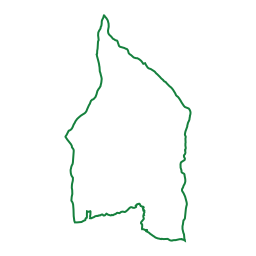 outline of Málaga, Santander, Colombia
{"feature_id": "7082276B1273171600443", "entity_name": "Málaga", "entity_type": "district", "adm_level": 2, "iso_a3": "COL", "parent_name": "Colombia", "parent_adm1": "Santander", "projection": "natural_earth1", "projection_center": [-72.732, 6.729], "detail": "fine", "context": "isolated", "style": "outline", "palette": "green", "viewbox_px": 256, "rotation_deg": 0, "n_neighbors": 0, "source": "geoboundaries", "source_scale": "gbopen_adm2", "svg_char_len": 5778}
<svg xmlns="http://www.w3.org/2000/svg" viewBox="0 0 256 256"><path d="M104.0,15.4L103.9,15.4L103.8,15.7L103.4,17.2L103.2,17.9L102.3,19.6L101.8,21.0L101.7,22.5L101.7,23.3L101.5,25.0L101.2,26.2L100.9,26.6L100.7,27.2L100.5,28.5L100.1,29.2L99.3,30.4L98.6,31.8L98.3,32.5L98.2,33.6L98.1,35.6L98.3,36.8L98.6,39.6L98.6,40.1L98.5,40.5L98.2,41.0L98.0,41.8L97.6,48.5L97.2,50.8L97.1,53.4L97.0,53.9L96.8,54.0L96.6,54.5L96.8,54.9L97.0,56.1L98.0,59.8L98.8,63.0L99.1,64.5L99.3,66.1L99.5,66.9L99.8,71.4L100.4,73.1L100.9,75.3L101.3,76.7L101.6,78.2L101.7,79.0L101.6,79.8L101.4,81.8L101.2,83.1L100.8,84.6L100.6,85.6L100.5,86.2L99.7,87.5L99.2,88.3L98.5,89.1L97.8,90.4L97.4,91.0L96.5,94.4L96.0,95.6L95.6,96.8L93.9,98.8L93.3,99.3L92.3,99.6L91.0,100.8L90.4,102.2L89.9,103.7L89.0,105.1L88.6,106.0L87.3,108.9L86.4,111.2L85.6,112.3L85.2,112.8L84.0,113.7L82.8,114.4L80.8,115.7L78.7,117.5L77.2,118.9L75.8,120.8L75.4,121.4L74.7,122.9L73.7,124.5L72.7,127.0L72.0,128.3L71.5,129.0L70.9,129.6L69.5,130.5L68.9,130.6L68.6,130.9L66.6,134.9L65.5,136.5L65.5,136.9L67.3,139.6L71.0,144.3L71.8,145.9L71.9,146.4L71.9,147.1L72.2,147.7L72.7,148.2L73.1,148.8L73.4,149.3L73.7,150.2L73.7,151.5L72.9,162.3L72.6,163.9L72.4,164.4L71.8,165.4L71.2,167.2L71.0,168.5L70.7,169.4L70.6,170.6L70.8,173.1L71.3,175.1L71.9,176.3L72.9,177.7L72.9,179.2L72.8,180.7L72.1,183.7L71.9,185.4L71.8,187.9L72.2,190.0L72.3,193.2L72.3,194.1L71.7,196.8L71.4,200.4L71.4,200.7L72.2,201.9L72.7,203.0L73.1,204.5L73.5,209.5L73.7,216.1L74.3,220.8L74.9,222.4L77.0,222.4L79.3,222.2L81.5,222.0L83.8,220.7L85.1,220.2L85.3,220.0L85.4,219.7L85.6,218.5L86.0,218.1L86.8,217.7L86.9,216.6L86.9,213.5L87.0,211.3L88.6,211.8L89.2,211.6L89.9,211.3L90.3,211.2L90.4,211.3L90.5,211.6L90.4,214.5L90.1,216.0L90.1,216.6L90.3,217.5L90.1,218.2L91.1,218.3L92.7,217.6L94.0,217.1L95.1,216.3L96.8,215.9L97.1,216.0L97.4,216.0L97.7,215.8L98.4,215.8L98.9,215.4L99.2,215.3L99.9,215.5L100.9,214.9L101.9,214.5L102.5,214.5L103.4,215.4L103.7,215.5L104.1,215.5L104.6,215.4L104.9,215.3L105.8,214.4L106.4,213.7L106.6,213.7L107.9,214.6L108.4,214.8L110.6,215.4L111.0,215.4L111.8,214.9L112.9,215.2L113.7,214.8L114.4,214.3L115.5,214.1L116.7,213.1L117.2,212.8L117.9,212.9L119.1,213.1L119.6,213.1L120.6,212.3L121.2,211.9L122.2,211.7L122.8,211.6L124.6,212.0L125.0,211.9L125.4,211.8L127.4,210.2L129.4,208.1L130.5,207.3L131.1,207.2L131.4,207.2L132.0,207.3L133.0,207.8L133.6,207.8L134.4,207.8L135.0,207.5L135.8,207.2L136.1,206.9L136.0,206.0L136.4,205.4L136.1,205.3L136.7,204.6L136.9,204.4L137.5,204.3L137.9,204.0L138.5,204.0L139.0,203.7L139.5,203.8L139.8,204.2L140.1,204.8L140.5,205.7L140.7,206.0L141.2,206.1L142.0,206.7L142.3,206.7L142.6,206.6L142.8,206.6L143.3,206.9L143.7,207.3L143.7,207.5L143.0,208.4L142.9,208.7L143.2,209.5L143.7,209.7L143.7,209.9L143.3,210.2L143.3,210.4L143.4,210.7L143.7,210.8L143.9,210.5L144.0,210.5L144.3,210.7L144.1,211.2L144.3,211.4L144.2,211.7L144.4,212.3L143.8,213.8L143.8,214.4L144.0,215.0L143.5,215.1L143.3,215.9L143.3,216.7L143.7,218.1L143.8,218.8L143.5,219.3L141.3,222.0L141.1,222.4L141.0,223.1L141.2,223.6L142.1,224.3L142.2,225.1L142.2,226.2L142.0,228.3L142.0,228.9L142.1,229.2L142.8,229.1L144.4,229.6L145.0,230.0L145.7,230.1L146.1,229.9L147.0,230.0L147.1,230.3L146.9,230.7L146.4,230.7L146.1,230.9L146.1,231.2L148.0,232.1L149.1,232.8L150.6,234.2L151.3,234.5L152.4,235.4L154.4,236.7L155.4,237.5L157.8,238.4L159.0,238.6L161.2,239.1L161.7,238.8L163.4,239.1L167.7,238.9L168.4,239.3L169.8,240.2L170.8,240.5L172.0,240.6L173.2,240.2L175.7,240.1L179.6,239.2L180.5,239.2L181.3,239.0L181.9,239.1L182.1,239.5L183.5,239.7L184.9,240.6L184.8,239.8L184.4,238.9L184.0,234.3L183.4,232.9L182.6,229.5L182.5,228.9L182.5,226.2L182.6,225.7L182.9,224.5L183.4,220.8L183.6,220.2L184.2,219.7L184.9,218.4L185.9,208.6L186.4,206.1L186.8,204.8L186.8,203.5L186.6,202.2L185.1,196.6L183.7,193.5L183.0,192.3L182.3,191.3L182.0,190.4L182.0,189.7L182.2,188.8L183.0,187.5L183.6,185.6L184.4,184.3L185.0,182.8L185.3,181.5L185.3,179.9L185.2,178.8L184.6,175.8L184.5,174.7L184.3,174.1L184.1,173.8L182.0,172.6L181.7,172.3L181.5,171.8L181.5,170.9L181.4,170.2L180.6,167.7L180.5,164.3L180.8,162.9L181.1,162.3L181.7,161.8L182.6,161.3L183.1,160.9L184.5,160.1L184.9,159.0L184.9,158.5L184.7,158.1L184.0,156.8L183.9,155.6L184.1,155.1L184.9,154.2L185.3,153.2L185.4,152.6L185.4,151.9L185.1,150.9L185.2,150.6L185.3,150.3L185.1,150.1L185.1,149.6L185.5,149.1L185.7,148.5L185.7,147.4L185.5,146.3L185.4,145.7L185.4,143.6L185.6,142.5L185.4,138.6L185.6,137.9L185.7,136.6L185.0,135.0L184.9,134.4L185.0,133.8L185.2,132.6L185.5,131.3L187.2,126.7L187.3,126.2L187.3,125.4L187.6,124.5L187.8,123.5L188.2,122.3L188.7,121.4L189.4,119.7L189.7,117.4L189.8,117.2L189.9,116.8L189.9,115.8L190.3,114.6L190.5,113.2L190.5,112.4L190.3,111.3L189.6,109.7L189.2,109.1L188.7,108.5L187.7,108.1L185.2,107.1L184.8,106.9L183.8,105.8L181.6,102.5L180.4,100.3L180.0,99.8L179.3,98.6L178.0,96.9L176.9,96.1L176.1,95.3L175.6,94.3L175.4,93.6L173.0,89.7L171.8,88.2L170.6,87.0L170.1,86.7L169.3,86.0L166.3,82.9L166.2,82.6L165.6,82.0L164.5,81.5L164.2,81.3L163.4,80.5L163.3,80.2L162.9,79.8L161.2,78.4L160.0,77.0L157.2,74.2L156.2,73.4L154.8,71.7L154.0,71.1L151.3,69.4L150.7,69.0L148.8,68.4L147.7,67.6L146.0,65.0L145.1,63.2L144.1,63.5L143.7,63.7L143.3,63.8L141.7,61.5L141.1,60.8L139.4,59.4L138.4,58.8L137.3,58.2L136.1,58.2L134.0,57.6L133.5,57.3L131.2,55.2L129.7,54.2L129.0,53.5L128.7,53.1L128.0,50.6L127.7,50.0L127.4,49.6L126.7,48.9L125.9,48.8L125.3,48.5L124.4,48.0L120.5,46.9L119.9,46.7L119.1,46.0L118.9,45.7L118.5,44.3L117.9,42.7L117.6,41.5L117.0,40.6L115.4,40.2L114.9,39.9L114.5,39.5L113.2,38.9L112.6,38.4L112.3,37.9L111.2,36.6L110.6,36.0L109.7,35.2L108.9,34.3L108.6,33.7L108.3,33.1L108.1,32.0L108.0,30.7L108.2,29.4L108.7,26.8L108.6,23.7L108.4,23.0L107.8,20.6L107.2,19.5L106.4,18.2L105.0,16.6L104.3,15.5L104.0,15.4Z" fill="none" stroke="#15803d" stroke-width="2"/></svg>